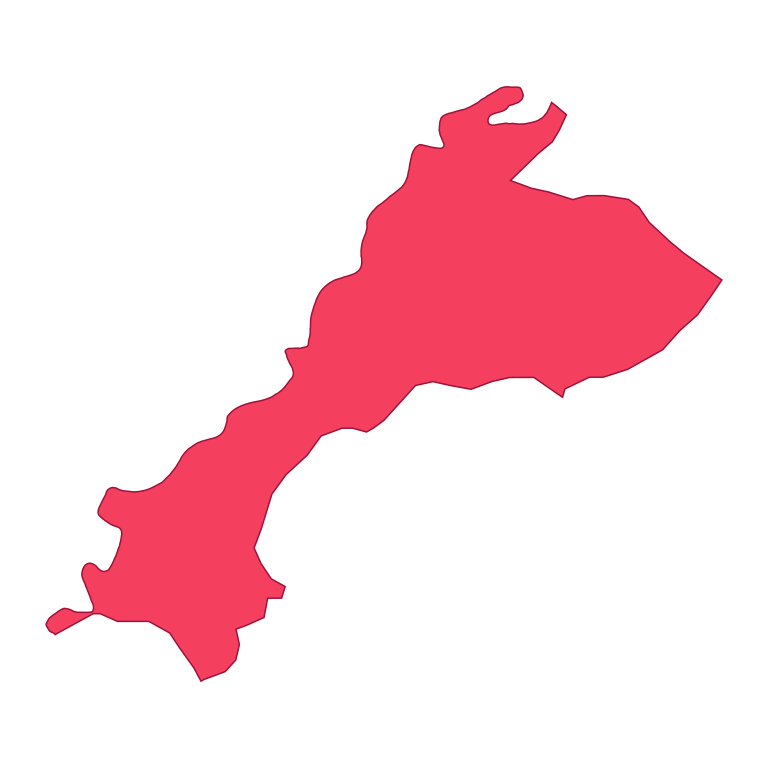 Manpho City, Chagang-do, North Korea (Albers equal-area conic projection)
{"feature_id": "82179303B45279105584010", "entity_name": "Manpho City", "entity_type": "district", "adm_level": 2, "iso_a3": "PRK", "parent_name": "North Korea", "parent_adm1": "Chagang-do", "projection": "albers", "projection_center": [126.267, 41.163], "detail": "fine", "context": "isolated", "style": "filled", "palette": "rose", "viewbox_px": 768, "rotation_deg": 0, "n_neighbors": 0, "source": "geoboundaries", "source_scale": "gbopen_adm2", "svg_char_len": 6026}
<svg xmlns="http://www.w3.org/2000/svg" viewBox="0 0 768 768"><path d="M711.4,295.5L721.9,280.0L683.8,253.2L669.9,241.6L649.2,222.4L638.8,207.0L628.4,199.4L604.2,195.6L586.8,195.7L572.9,199.6L548.6,192.0L531.3,188.2L510.5,180.5L538.4,153.4L552.4,141.8L559.3,130.2L566.4,114.7L555.7,105.6L551.6,102.5L549.1,108.4L548.1,110.2L547.3,112.0L545.8,113.9L543.3,116.9L541.8,118.2L540.4,118.9L538.7,120.1L536.2,121.2L533.6,122.0L531.2,122.6L524.7,123.9L520.6,124.1L518.7,124.1L513.7,123.6L512.6,123.4L509.4,123.8L507.5,123.4L506.0,123.2L498.4,124.3L494.3,125.1L491.7,125.1L490.6,124.7L489.1,123.9L488.2,122.5L488.0,121.3L488.0,120.3L488.1,119.2L488.8,117.2L490.1,115.6L491.3,114.8L494.3,113.5L496.0,113.0L498.6,112.3L502.7,111.0L504.6,110.0L506.3,109.0L507.0,108.1L507.8,107.3L508.3,106.4L508.9,105.8L510.0,105.2L512.8,104.7L514.1,104.0L518.4,102.4L521.1,100.2L522.1,98.9L522.8,97.1L523.1,95.8L523.1,94.6L522.7,93.2L521.3,89.6L520.6,88.3L519.7,87.6L518.0,87.2L516.3,87.1L511.6,87.2L508.1,86.8L506.3,86.9L504.4,87.0L500.8,88.0L499.5,88.7L494.5,91.9L493.0,92.6L490.0,94.5L487.2,96.0L485.5,97.5L481.6,99.5L477.6,102.8L469.7,107.1L464.6,109.3L460.4,110.2L458.5,110.8L456.8,111.2L451.0,113.0L449.1,113.3L446.9,114.1L445.0,114.9L443.1,116.0L441.1,118.0L440.7,119.2L440.0,121.6L439.7,123.1L439.6,124.7L439.4,127.1L439.4,128.6L439.1,130.3L439.6,131.9L440.2,135.0L443.9,143.7L444.1,145.0L443.8,146.3L443.2,147.1L441.9,148.1L440.9,148.3L438.1,148.2L430.4,147.0L428.5,146.4L425.4,145.7L423.9,145.3L421.0,144.7L419.6,144.7L417.3,146.0L416.3,146.8L415.2,147.9L414.2,149.4L413.2,151.2L412.5,153.0L411.7,155.2L411.4,157.3L410.7,159.5L410.4,161.5L409.9,163.5L409.0,169.8L408.4,171.7L408.1,173.6L407.5,176.7L406.7,178.7L405.8,180.9L405.1,182.4L404.2,183.9L402.0,186.8L400.5,188.3L399.5,188.9L398.2,190.2L394.7,192.9L393.5,193.9L390.6,195.9L389.8,196.5L387.9,198.3L385.2,200.6L384.3,201.2L381.9,203.3L380.4,204.2L377.1,206.6L375.1,208.8L374.1,210.0L373.1,210.8L370.6,214.0L368.5,217.5L367.2,220.3L367.1,221.7L366.9,223.2L366.9,224.9L367.1,226.6L366.9,228.5L365.7,233.3L364.9,235.2L364.0,237.4L362.7,240.9L362.3,242.7L361.9,244.4L361.6,246.0L361.1,250.2L361.1,252.5L361.2,256.8L361.6,257.5L361.7,258.9L361.8,262.9L361.7,263.8L361.3,265.8L360.9,267.0L360.2,268.6L359.6,269.7L358.2,271.1L356.2,272.6L355.0,273.3L352.6,274.4L350.3,275.2L345.5,276.7L344.4,276.9L341.8,277.9L335.6,279.8L334.8,280.1L332.8,281.1L331.7,281.8L329.5,283.0L326.7,285.2L325.5,286.2L322.7,288.9L320.1,292.2L318.7,295.0L317.5,297.0L316.5,299.3L315.4,302.6L314.1,305.9L313.1,309.1L312.7,310.8L312.2,312.3L311.2,316.1L310.9,317.9L310.7,319.7L310.5,323.5L310.5,327.0L310.2,329.2L310.3,330.9L310.0,334.8L309.4,337.9L308.8,339.9L308.5,342.3L308.3,344.6L308.1,345.2L307.5,346.1L306.1,346.9L302.6,347.6L300.3,348.3L300.0,348.4L297.6,348.1L292.6,348.4L291.4,348.4L289.2,348.4L288.2,348.6L286.2,349.8L285.7,350.3L285.3,350.9L285.2,351.4L285.3,352.2L286.4,354.4L286.7,355.3L286.9,356.8L287.3,358.2L288.9,361.4L289.6,363.2L292.1,367.5L292.4,368.2L292.6,369.2L293.0,370.6L293.3,372.1L293.3,374.1L293.1,375.7L292.7,376.6L292.1,377.5L291.7,378.2L289.6,380.6L287.6,383.3L286.0,385.4L285.5,386.0L284.5,387.4L281.4,390.5L280.5,391.2L279.6,391.9L278.0,393.1L275.3,394.5L272.3,396.6L270.2,397.6L268.2,398.4L265.5,399.4L262.7,400.2L260.4,400.8L253.7,402.1L249.8,403.0L244.2,404.7L240.2,406.3L236.7,408.1L234.1,409.8L231.8,411.6L230.3,413.1L228.1,415.6L227.6,416.4L227.3,417.1L227.1,418.7L226.9,421.5L225.8,425.5L224.2,429.9L223.6,431.0L222.7,432.3L221.4,433.8L219.8,435.2L219.0,435.7L217.3,436.7L215.5,437.5L213.4,438.2L208.5,439.4L203.2,440.9L202.2,441.1L197.6,442.9L195.9,443.9L192.1,446.5L188.3,449.1L185.1,452.3L182.7,455.5L181.6,457.1L181.0,458.1L180.6,459.1L179.6,460.9L175.7,467.3L171.6,472.5L170.9,473.3L169.8,474.8L166.0,478.4L163.1,481.5L161.5,482.7L154.7,486.3L151.3,488.0L149.2,488.9L146.5,489.9L144.3,490.5L139.8,491.4L134.7,491.9L132.2,491.8L129.4,491.4L124.0,490.9L122.0,490.5L120.5,490.1L119.0,489.5L116.2,488.1L115.4,487.9L112.8,487.5L112.0,487.6L110.6,488.0L108.0,489.5L107.5,490.2L106.6,491.7L106.0,493.3L105.4,495.1L104.2,497.4L103.5,498.5L102.6,500.5L102.1,501.3L99.0,507.9L98.5,509.2L98.1,511.2L98.1,513.1L98.3,513.8L98.8,515.0L99.3,515.5L101.2,517.4L102.6,518.6L105.4,520.8L108.9,523.1L111.0,524.5L112.1,524.9L113.0,525.4L118.6,527.4L120.1,528.5L120.9,529.7L121.4,530.7L121.7,533.2L121.7,534.3L121.4,536.4L120.8,540.4L120.0,543.3L119.6,545.7L118.7,547.6L115.9,556.0L114.7,558.2L113.0,562.2L112.0,564.3L109.6,568.4L108.6,569.7L107.8,570.3L107.0,570.7L105.7,571.2L104.9,571.4L103.5,571.4L102.4,571.3L101.7,571.1L100.1,570.1L98.8,569.0L97.5,567.7L96.2,566.2L95.8,565.7L93.5,564.3L92.1,563.7L90.5,563.2L88.8,563.3L88.1,563.4L86.7,564.1L85.4,565.0L84.3,566.3L83.6,567.5L82.9,569.1L82.1,571.8L81.9,573.5L81.9,575.2L82.3,577.3L82.9,579.0L85.6,585.5L85.9,586.5L86.7,588.3L87.0,589.1L87.3,589.8L87.9,591.5L88.6,593.0L88.9,594.0L89.4,595.0L91.3,600.5L91.7,601.3L92.5,603.1L93.1,604.6L93.4,605.8L93.5,606.9L93.4,609.2L92.9,610.9L92.5,611.4L92.2,611.7L89.8,612.3L86.2,612.4L85.3,612.3L84.1,612.4L82.2,612.3L77.5,612.3L76.1,612.0L73.4,611.3L72.2,610.5L70.6,609.8L68.3,609.0L64.9,608.4L63.7,608.5L63.1,608.7L61.1,609.6L59.0,610.9L58.3,611.2L56.9,612.4L55.3,613.5L54.5,614.2L53.9,614.4L52.5,615.5L49.8,617.7L49.2,618.4L48.4,619.6L47.2,621.8L46.2,623.9L46.1,624.5L46.1,625.0L47.1,627.1L47.9,628.3L48.9,630.1L49.6,631.0L50.9,631.9L53.3,632.9L53.9,633.2L54.4,633.7L55.0,634.6L93.2,613.7L100.2,613.7L117.5,621.4L148.9,621.4L169.7,633.0L180.0,648.5L193.8,667.8L201.0,681.2L204.2,679.4L225.2,671.6L235.8,660.0L239.4,644.6L236.0,629.2L246.5,625.3L264.0,617.5L267.7,598.2L281.6,598.2L285.2,586.6L271.3,578.9L261.0,563.5L254.1,548.0L261.3,528.7L272.0,493.9L286.1,474.6L307.1,455.3L321.2,435.9L342.1,428.2L352.6,428.2L366.5,432.0L373.4,428.1L383.9,420.4L415.5,385.5L432.9,381.6L450.3,385.5L471.1,389.3L492.0,381.5L509.4,377.5L533.8,377.4L562.5,397.3L565.0,388.9L589.4,377.2L603.4,377.2L627.7,369.3L662.6,349.8L680.0,330.4L697.5,314.9L711.4,295.5Z" fill="#f43f5e" stroke="#9f1239" stroke-width="1.5"/></svg>